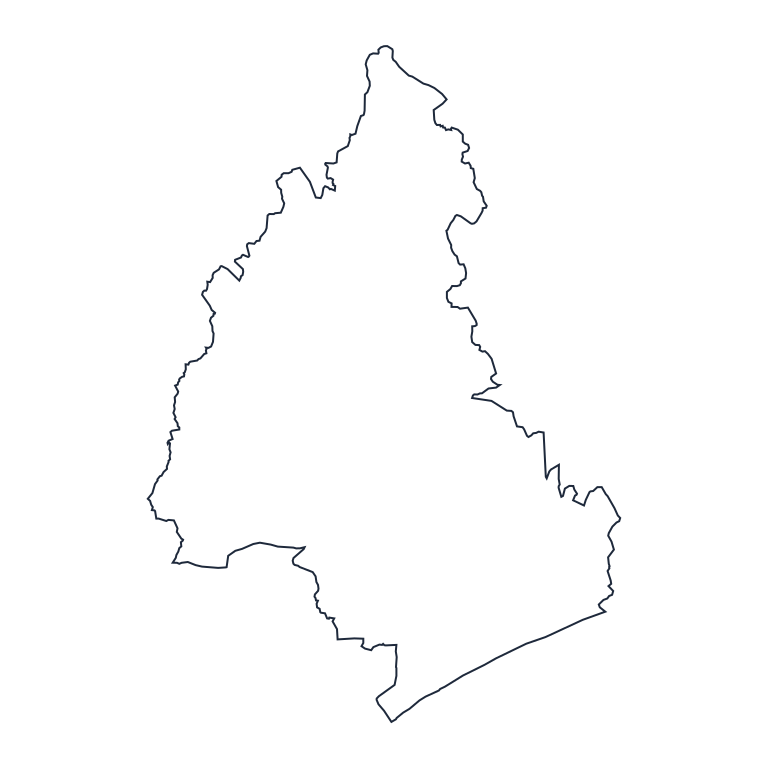 outline of Ambovombe-Androy, Androy, Madagascar
{"feature_id": "10022922B3330352702203", "entity_name": "Ambovombe-Androy", "entity_type": "district", "adm_level": 2, "iso_a3": "MDG", "parent_name": "Madagascar", "parent_adm1": "Androy", "projection": "robinson", "projection_center": [45.726, -24.798], "detail": "fine", "context": "isolated", "style": "outline", "palette": "slate", "viewbox_px": 768, "rotation_deg": 0, "n_neighbors": 0, "source": "geoboundaries", "source_scale": "gbopen_adm2", "svg_char_len": 6098}
<svg xmlns="http://www.w3.org/2000/svg" viewBox="0 0 768 768"><path d="M175.8,557.8L172.7,562.7L177.0,562.8L179.3,563.8L181.6,562.8L187.8,562.0L195.6,565.1L202.0,566.6L218.2,567.9L225.8,567.4L226.6,567.2L228.2,555.8L235.3,550.8L242.0,548.9L253.3,544.0L259.9,542.7L270.8,544.6L277.8,546.6L293.4,547.6L296.2,548.4L300.0,548.3L304.6,547.2L303.7,549.1L293.5,558.0L292.7,560.7L293.4,563.7L294.6,564.9L298.2,565.8L299.6,567.0L312.7,572.1L315.6,576.4L316.4,582.0L318.0,584.9L318.5,588.6L318.1,590.8L314.9,594.4L314.5,596.7L315.5,598.0L316.0,600.4L317.9,600.7L316.6,603.8L317.1,607.4L319.6,608.8L320.3,612.2L320.9,612.7L325.0,613.3L327.1,618.4L328.9,618.7L329.3,617.6L334.2,618.4L332.6,621.4L337.0,629.1L337.6,639.4L354.3,638.4L363.3,638.7L363.3,643.0L361.5,646.2L365.0,648.6L371.2,650.2L373.4,647.1L379.4,644.6L382.1,644.9L383.1,643.9L384.3,645.2L385.8,645.4L396.4,644.9L395.8,651.4L396.7,657.1L396.0,667.1L396.4,668.0L396.4,675.9L394.6,684.9L378.9,696.2L376.7,698.5L376.6,699.8L378.5,704.3L384.0,710.7L391.4,721.9L395.9,719.3L396.7,717.9L403.2,712.6L409.4,708.9L419.5,700.4L425.6,696.6L438.9,690.5L440.1,689.0L444.9,686.7L463.0,675.5L484.2,665.0L496.1,658.3L526.3,643.7L545.4,637.1L582.8,619.8L605.3,611.7L599.8,607.3L598.8,604.5L603.5,599.9L607.3,598.5L609.1,596.0L612.1,594.8L613.2,591.0L608.5,586.1L611.2,583.8L610.7,580.6L607.6,571.0L609.4,568.3L609.1,566.9L609.6,566.2L608.8,563.9L608.1,557.3L613.9,549.6L611.5,541.6L608.2,535.7L608.8,533.1L612.4,526.6L616.5,522.5L619.2,521.2L620.2,518.0L617.8,515.5L614.5,508.2L607.6,496.1L605.8,494.2L601.7,487.1L597.4,487.1L593.2,491.0L590.4,491.4L589.5,492.1L585.8,499.9L584.0,505.5L573.1,500.3L575.0,495.6L576.5,494.8L577.0,493.7L574.3,489.5L573.3,486.0L569.3,485.9L564.9,488.6L563.0,495.9L561.3,496.8L558.6,487.7L558.7,486.2L559.7,484.5L558.7,479.0L558.9,464.8L551.0,469.5L549.3,471.5L546.7,478.4L545.8,476.8L543.6,432.5L538.6,431.7L536.2,432.9L533.2,433.3L531.3,435.4L528.4,437.0L527.0,435.8L524.1,429.3L522.6,427.2L517.0,426.4L513.6,416.3L513.0,412.3L511.4,410.9L506.8,410.6L491.5,400.9L472.1,398.0L472.9,395.5L474.2,394.4L477.5,394.5L479.9,393.4L482.0,393.3L488.5,388.5L496.1,387.6L499.8,385.0L497.5,384.8L492.8,381.7L491.0,379.0L491.3,376.9L496.1,373.5L491.6,358.8L487.9,353.9L485.0,351.2L482.4,351.6L479.4,349.9L480.2,346.9L479.2,345.1L475.4,344.9L472.2,342.1L471.4,336.7L472.3,331.4L472.2,326.3L474.9,326.1L476.6,325.1L476.7,323.8L475.7,320.7L467.9,307.6L460.0,308.7L457.6,307.0L451.5,306.9L451.6,303.4L448.4,301.8L446.9,298.0L446.9,291.9L450.4,289.0L452.1,286.0L456.9,286.1L459.8,285.2L460.9,283.3L460.9,281.4L465.5,278.5L466.1,273.1L465.3,268.3L463.6,264.3L460.1,264.6L458.6,263.1L456.9,256.3L454.6,254.6L452.4,251.2L451.1,247.7L451.2,245.0L448.0,238.5L446.4,230.7L447.6,229.8L450.7,223.2L453.3,220.0L455.4,215.9L456.9,215.0L460.8,216.3L470.6,223.3L471.9,223.8L474.1,223.4L476.5,221.4L481.5,213.0L482.6,210.7L482.7,208.2L486.0,207.7L486.7,205.8L483.7,201.4L483.0,196.8L482.1,195.7L481.3,192.2L480.1,190.8L476.8,189.0L473.6,182.2L474.8,178.1L473.3,168.8L470.8,168.1L470.6,165.8L468.7,162.7L465.0,163.5L461.7,161.6L461.8,159.6L463.0,156.7L462.4,154.1L462.7,152.6L467.6,151.0L469.1,148.0L468.1,144.8L465.2,143.7L462.8,141.6L462.8,134.5L457.9,129.7L451.7,127.6L450.9,128.9L451.2,130.0L448.3,129.4L446.0,130.1L444.9,127.6L443.1,127.5L442.7,125.8L440.6,126.4L440.1,124.9L436.9,125.0L435.4,123.2L434.3,119.8L433.7,110.0L442.6,103.7L446.6,99.4L442.1,94.0L434.4,88.0L428.5,85.1L423.4,83.6L412.3,76.6L408.8,75.6L399.2,66.8L395.7,61.8L393.3,59.9L392.4,57.6L392.8,51.0L392.3,49.2L387.3,46.1L384.0,46.2L380.8,47.4L378.4,49.7L378.7,52.8L378.1,53.7L373.1,53.4L369.8,54.8L366.7,60.4L365.7,64.3L367.4,70.2L367.0,75.9L369.6,81.6L369.8,85.8L367.4,92.2L364.9,94.5L364.6,110.7L364.0,114.0L363.5,115.1L360.9,116.0L357.3,126.1L355.5,133.7L351.9,135.0L350.3,134.4L350.3,136.3L349.5,137.9L349.8,140.2L347.8,146.1L338.1,151.4L337.3,153.4L336.6,162.4L333.4,163.5L325.7,163.0L325.2,163.7L325.3,164.6L327.5,166.4L327.9,167.6L326.5,174.8L326.9,177.6L327.8,178.6L330.6,178.1L333.1,179.6L332.6,181.9L332.6,183.0L333.4,183.9L333.0,185.0L335.2,186.0L334.8,190.6L330.9,188.9L329.9,189.3L328.1,187.4L325.1,186.2L323.4,188.2L322.3,194.9L320.7,198.1L315.8,197.5L309.9,181.8L299.9,167.7L292.3,169.8L291.6,171.8L288.5,173.2L283.7,173.2L281.7,174.7L281.5,176.8L276.4,181.0L278.1,187.1L281.1,189.7L281.2,192.9L282.3,196.7L282.0,198.7L284.2,203.3L283.4,206.8L280.8,212.7L275.1,213.2L273.8,214.1L269.3,214.0L267.6,215.5L266.6,228.1L265.2,231.6L260.6,236.8L259.5,240.7L256.5,241.0L254.3,243.8L248.8,243.1L247.2,244.3L246.9,246.1L249.4,255.7L248.7,256.7L248.1,257.0L243.0,254.8L241.9,255.5L241.0,257.5L235.1,259.8L234.9,261.6L242.9,269.1L243.2,271.7L242.6,275.1L240.9,276.3L240.7,277.9L239.3,280.6L227.6,269.1L221.7,266.1L220.6,266.3L219.0,269.4L213.7,272.8L212.6,275.2L212.7,277.9L210.1,282.1L207.3,281.7L207.7,284.8L207.0,289.1L206.0,290.7L204.3,290.6L202.9,291.9L202.1,294.8L209.8,305.7L211.7,310.0L215.1,312.8L214.8,313.7L213.6,313.9L213.4,315.8L211.0,317.7L209.9,320.9L212.3,326.2L212.5,331.0L213.6,333.5L213.0,341.8L211.1,346.5L208.4,347.9L205.9,347.6L206.6,348.9L205.9,350.4L206.4,353.3L204.2,354.0L200.4,358.4L198.5,359.1L197.2,360.5L190.3,361.7L189.1,362.7L188.4,364.6L185.6,364.3L185.8,369.3L184.8,372.2L183.7,373.1L184.3,374.3L184.0,376.4L182.1,376.8L179.7,378.5L179.1,379.7L179.4,380.9L178.1,382.4L177.7,384.6L175.1,385.6L178.2,391.6L177.6,393.7L174.7,397.3L175.1,402.0L174.0,405.4L174.7,409.0L173.4,412.9L175.6,417.2L174.6,419.0L177.5,423.2L177.8,426.2L179.3,427.5L179.3,429.5L172.0,430.7L170.4,432.1L172.6,439.0L168.6,440.7L167.5,442.8L167.8,443.9L168.9,442.3L170.0,443.4L169.4,449.3L170.6,452.3L169.6,455.9L170.1,459.3L168.5,460.8L168.6,462.0L166.8,466.5L167.0,468.9L163.6,472.0L161.6,475.7L159.9,476.2L157.4,479.4L157.6,480.5L155.0,484.1L152.4,493.1L147.8,498.8L150.1,500.9L151.2,504.7L152.8,507.1L151.9,510.1L154.5,510.4L155.1,511.1L156.3,518.6L158.7,518.6L166.3,521.0L168.4,519.9L173.9,520.4L177.5,528.3L176.8,531.9L181.3,538.6L183.1,539.7L182.8,540.6L180.9,542.2L181.3,546.4L179.3,548.1L178.3,551.6L176.4,555.0L175.8,557.8Z" fill="none" stroke="#1e293b" stroke-width="2"/></svg>